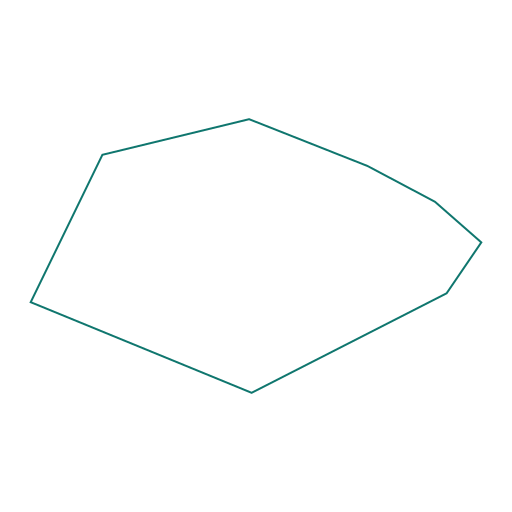 an SVG outline of Singapore
{"feature_id": "SGP", "entity_name": "Singapore", "entity_type": "country or territory", "adm_level": 0, "iso_a3": "SGP", "parent_name": "Asia", "parent_adm1": "", "projection": "natural_earth1", "projection_center": [103.867, 1.356], "detail": "fine", "context": "isolated", "style": "outline", "palette": "teal", "viewbox_px": 512, "rotation_deg": 0, "n_neighbors": 0, "source": "natural_earth", "source_scale": "50m", "svg_char_len": 234}
<svg xmlns="http://www.w3.org/2000/svg" viewBox="0 0 512 512"><path d="M446.6,293.3L251.6,392.8L30.7,302.2L102.4,154.8L249.1,119.2L367.5,166.0L435.0,201.8L481.3,242.4L446.6,293.3Z" fill="none" stroke="#0f766e" stroke-width="2"/></svg>